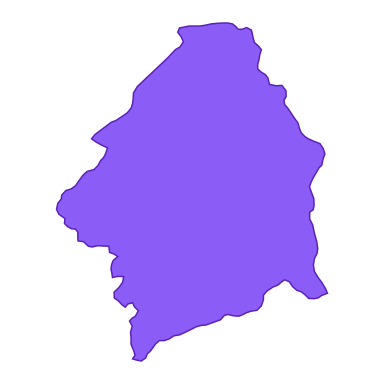 outline of Ipecaetá, Bahia, Brazil
{"feature_id": "56859067B33120756794131", "entity_name": "Ipecaetá", "entity_type": "district", "adm_level": 2, "iso_a3": "BRA", "parent_name": "Brazil", "parent_adm1": "Bahia", "projection": "orthographic", "projection_center": [-39.329, -12.308], "detail": "fine", "context": "isolated", "style": "filled", "palette": "violet", "viewbox_px": 384, "rotation_deg": 0, "n_neighbors": 0, "source": "geoboundaries", "source_scale": "gbopen_adm2", "svg_char_len": 2461}
<svg xmlns="http://www.w3.org/2000/svg" viewBox="0 0 384 384"><path d="M321.8,165.2L323.0,159.1L324.9,154.1L323.3,148.8L320.0,143.6L314.4,141.5L308.1,138.7L304.7,136.4L301.1,132.6L299.3,128.0L298.0,123.0L295.1,119.1L291.7,114.0L287.6,107.9L284.8,104.7L283.9,100.5L286.1,96.6L286.0,90.8L281.9,85.4L276.1,85.8L269.5,84.3L267.9,78.0L265.3,74.6L260.9,71.9L257.7,69.0L257.7,64.6L259.0,59.6L259.9,54.1L261.4,49.7L258.6,46.2L254.7,42.8L253.3,38.8L252.6,35.1L251.4,30.0L246.7,27.6L242.1,29.3L238.2,29.3L235.7,26.4L232.4,23.9L227.9,23.0L222.3,23.0L216.4,23.4L211.3,23.9L205.3,25.2L200.4,26.0L195.7,26.0L189.3,26.0L184.6,27.0L179.5,27.9L177.7,32.3L181.3,36.9L183.3,41.9L180.1,46.8L175.4,49.7L167.6,57.9L159.2,65.9L137.5,86.4L133.5,92.8L133.2,98.0L132.7,102.9L131.2,108.0L127.4,112.7L123.7,115.4L119.8,117.9L116.1,120.4L111.4,122.2L95.0,134.5L91.5,138.8L96.2,142.1L101.6,145.1L107.5,147.9L105.5,154.0L103.4,157.8L100.7,160.5L97.8,165.8L93.9,169.6L87.0,171.5L82.9,175.3L79.9,179.4L75.6,185.7L70.8,189.1L66.1,190.4L61.7,195.1L61.3,199.0L57.9,203.1L56.5,209.4L58.9,214.3L64.9,218.5L64.5,223.5L67.6,226.6L71.3,228.7L75.6,229.1L77.8,232.3L77.8,236.6L78.0,240.9L83.5,241.7L88.3,246.2L92.2,247.0L97.7,245.7L104.5,246.1L108.8,246.2L109.6,252.4L114.3,254.2L117.8,256.7L113.3,260.3L111.6,264.6L111.0,269.0L111.9,273.3L112.5,277.5L117.6,276.4L123.7,276.6L122.6,282.3L119.0,287.4L114.1,292.2L114.3,298.0L118.4,300.9L121.7,304.5L125.2,307.2L127.8,304.0L132.6,302.8L134.4,306.7L138.3,310.8L135.4,316.2L132.2,318.1L129.5,321.1L132.3,326.1L130.5,332.2L131.1,337.9L131.0,344.0L132.4,347.5L134.0,351.5L135.0,355.3L132.6,358.9L136.2,360.0L141.2,361.0L145.7,358.0L147.3,353.8L150.2,351.3L153.2,347.3L155.5,344.0L159.4,340.6L164.3,340.6L169.2,338.9L173.9,335.8L179.5,334.9L187.1,331.4L195.9,326.9L201.6,325.3L205.7,325.1L220.5,319.8L224.2,315.6L227.9,314.4L233.0,315.7L238.7,316.2L242.5,314.8L246.4,312.7L251.0,311.2L257.0,310.3L261.3,306.0L263.4,299.9L263.5,295.1L267.1,290.9L273.2,286.9L277.8,285.2L281.4,282.0L284.7,279.8L289.4,281.8L292.6,286.6L296.8,290.3L301.1,291.7L304.9,294.6L308.7,298.4L314.2,298.7L318.3,297.8L321.4,295.6L327.5,293.2L325.3,288.2L321.8,282.5L317.9,277.2L314.4,271.4L313.4,265.1L314.4,258.7L317.1,253.3L317.7,248.4L316.7,241.4L315.0,235.4L314.0,231.3L312.8,225.2L309.7,219.1L309.7,212.0L313.2,209.8L314.1,205.1L313.8,198.6L311.3,192.0L309.5,186.9L311.1,182.2L313.2,177.8L316.3,172.5L319.1,167.7L321.8,165.2Z" fill="#8b5cf6" stroke="#5b21b6" stroke-width="1.5"/></svg>